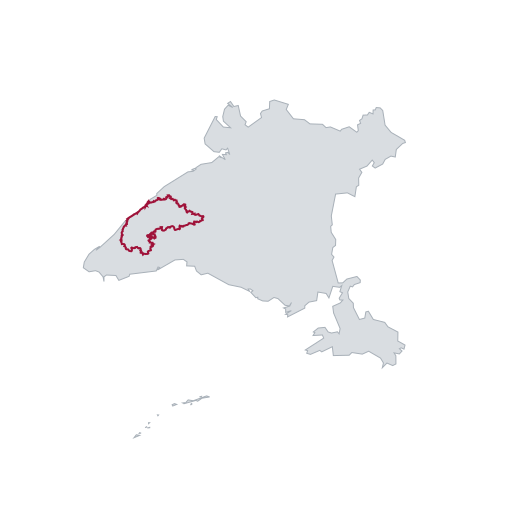 Karnataka highlighted on a map of India, rotated 68°
{"feature_id": "IND-2446", "entity_name": "Karnataka", "entity_type": "State", "adm_level": 1, "iso_a3": "IND", "parent_name": "India", "parent_adm1": "", "projection": "natural_earth1", "projection_center": [76.378, 15.043], "detail": "fine", "context": "in_parent", "style": "outline", "palette": "rose", "viewbox_px": 512, "rotation_deg": 68, "n_neighbors": 0, "source": "natural_earth", "source_scale": "10m", "svg_char_len": 9726}
<svg xmlns="http://www.w3.org/2000/svg" viewBox="0 0 512 512"><g transform="rotate(68 256 256)"><path d="M103.2,221.8L109.1,220.5L109.8,216.1L120.5,217.9L127.8,214.8L130.2,217.0L133.6,215.0L129.7,199.0L125.6,198.5L123.9,195.9L124.5,188.4L117.9,185.4L118.2,180.6L127.5,169.2L131.5,173.1L142.8,169.9L147.8,160.0L153.7,156.5L158.8,145.0L163.2,143.0L164.2,138.7L171.8,131.1L170.6,129.2L171.1,121.2L179.0,116.2L178.1,114.2L172.4,112.7L172.2,109.3L169.1,109.2L168.5,106.4L165.5,103.9L167.0,99.9L165.2,97.2L168.1,94.3L164.5,92.7L165.2,90.7L163.4,88.9L165.2,85.4L168.6,84.0L183.0,87.3L192.1,84.4L204.4,74.8L206.8,75.0L206.6,77.9L209.8,86.0L216.4,89.8L213.9,93.5L214.8,100.0L218.2,104.1L219.1,112.6L216.1,114.4L213.8,111.4L210.6,112.3L214.2,119.4L214.3,127.5L218.1,126.5L222.1,131.6L228.9,134.2L229.4,137.0L238.0,142.1L231.7,147.6L228.4,159.0L247.1,171.2L255.7,173.6L256.4,175.6L262.2,177.4L270.6,175.9L276.0,178.3L276.9,181.6L282.8,185.3L286.2,184.1L288.6,187.1L311.8,189.9L313.4,185.6L311.4,180.4L312.8,170.1L317.3,168.3L319.7,169.4L319.3,175.5L320.8,178.1L319.3,179.9L323.7,184.4L330.2,185.9L336.2,183.5L340.4,185.0L353.6,183.9L354.3,178.4L349.0,175.1L349.3,172.5L358.8,171.0L365.8,161.5L371.1,160.2L379.7,152.9L387.9,156.4L394.4,151.2L397.8,153.7L395.5,155.8L395.7,157.8L398.8,156.2L400.5,159.8L397.5,164.3L400.9,163.7L408.5,166.7L408.8,170.3L404.3,174.7L406.9,180.7L402.9,177.9L397.3,178.8L386.5,187.2L386.8,194.2L381.4,203.3L382.9,206.8L377.3,221.6L368.7,219.2L369.5,231.0L367.4,232.2L367.6,242.4L365.2,245.4L363.1,243.6L361.6,245.5L357.5,224.0L354.1,224.0L351.1,232.9L349.1,230.1L347.9,231.3L346.1,225.3L348.0,218.8L353.4,217.6L355.7,214.9L356.8,208.9L359.3,208.1L354.8,205.2L337.9,205.4L331.4,203.7L331.1,195.5L329.4,192.0L328.2,194.7L326.3,194.7L322.5,189.6L320.5,191.6L315.6,187.6L316.4,190.1L312.9,196.2L322.2,204.1L317.0,205.0L312.6,212.1L320.1,216.5L318.6,224.1L320.4,229.4L322.6,230.3L324.3,249.6L322.3,248.5L321.1,250.5L319.9,243.7L319.4,249.6L316.2,248.3L314.5,249.9L315.1,243.5L312.4,240.5L314.8,243.7L312.6,247.5L303.7,251.6L301.2,254.9L302.5,261.7L300.2,266.6L296.3,270.4L294.9,269.8L294.6,271.8L287.8,274.4L287.1,271.9L284.4,273.6L283.7,275.6L286.4,275.2L279.4,281.5L272.4,292.0L253.9,307.1L252.9,313.9L247.6,316.8L242.5,316.7L239.2,324.0L235.6,322.2L231.9,324.6L229.3,332.6L232.1,352.6L230.5,349.7L229.5,351.0L232.5,354.1L225.6,379.9L227.3,381.3L227.2,392.3L221.6,393.2L217.6,401.8L218.4,404.8L222.7,406.5L218.0,405.6L212.0,407.6L209.5,410.3L208.1,416.7L202.2,420.5L197.3,417.5L191.8,410.2L189.3,403.3L188.4,397.3L190.8,402.2L189.5,397.4L182.8,379.3L174.5,364.1L168.4,339.9L163.8,332.6L162.6,325.2L160.9,324.6L157.3,315.1L152.5,287.6L153.9,282.8L153.6,281.2L152.1,283.4L151.8,282.1L151.9,279.3L153.7,279.6L151.6,278.5L150.4,272.6L152.8,262.0L150.0,253.2L151.2,252.0L149.9,252.1L155.2,248.4L149.2,249.1L150.9,245.6L149.0,245.6L149.3,243.3L152.1,242.3L145.4,241.9L146.4,244.1L143.8,247.5L146.1,251.2L143.5,255.9L133.0,261.2L127.3,259.9L111.4,241.6L112.3,239.8L114.6,241.7L124.2,238.0L127.6,231.5L118.8,235.7L114.3,234.6L108.1,230.2L105.8,225.4L109.6,221.9L103.9,225.1L103.2,221.8ZM366.1,377.1L364.0,372.8L366.7,368.4L367.2,354.2L369.3,351.8L367.6,359.4L368.8,364.5L367.4,365.8L366.1,377.1ZM378.7,431.1L378.8,437.2L376.9,433.9L378.7,431.1ZM363.9,389.4L362.5,389.5L362.3,386.9L363.9,385.1L363.9,389.4ZM373.7,421.3L373.6,423.1L373.3,421.4L373.7,421.3ZM375.4,418.8L374.8,421.2L375.0,418.7L375.4,418.8ZM377.2,428.9L376.7,430.8L376.2,430.1L377.2,428.9ZM367.4,406.8L366.4,406.9L366.9,405.9L367.4,406.8ZM365.8,378.0L364.8,379.0L365.2,377.4L365.8,378.0ZM369.2,370.8L369.7,372.5L368.5,371.2L369.2,370.8ZM371.2,418.4L370.3,418.1L370.7,417.1L371.2,418.4ZM365.9,359.3L365.4,361.2L365.7,359.1L365.9,359.3Z" fill="#d9dde1" stroke="#a8b0b8" stroke-width="1"/><path d="M173.5,361.6L173.5,361.2L173.2,360.7L173.5,360.9L174.4,360.2L173.4,360.5L173.1,360.4L172.6,358.0L172.7,357.6L172.5,357.2L172.0,354.5L171.7,353.9L171.6,352.8L171.8,353.4L171.9,353.5L171.6,352.0L171.5,350.7L171.9,350.6L172.2,350.4L171.7,350.0L171.8,349.9L171.7,349.7L171.4,350.4L170.9,348.2L170.6,347.3L169.6,345.7L169.3,343.8L168.9,343.1L169.0,342.8L169.8,342.9L168.9,342.5L168.8,342.3L168.8,341.7L168.1,339.4L168.5,340.3L168.6,340.0L168.9,340.1L168.3,339.4L168.4,339.2L168.2,339.2L168.2,338.9L168.0,339.0L168.0,339.5L167.6,339.4L167.5,338.7L168.0,338.4L167.3,338.4L167.1,337.0L166.7,336.8L166.4,337.1L166.2,336.6L165.5,336.3L165.3,335.9L165.5,336.0L165.7,335.5L166.1,335.7L166.4,335.2L166.8,335.2L166.6,334.7L165.9,335.4L165.5,335.4L165.3,334.9L166.0,334.4L166.5,334.4L166.9,334.1L167.2,333.1L167.2,332.1L167.5,331.1L166.9,330.4L167.5,330.1L167.6,329.9L167.6,329.3L167.1,328.6L167.1,328.1L166.9,327.8L167.1,327.0L166.9,325.7L166.2,325.3L165.9,325.5L165.5,325.4L165.4,325.1L165.9,324.3L166.5,323.8L166.8,324.4L167.4,324.3L167.9,323.9L168.4,323.0L168.2,322.6L168.9,321.2L169.0,320.7L169.0,320.3L168.5,320.0L168.7,319.7L169.4,319.6L169.5,319.3L169.5,318.2L169.4,317.9L168.3,317.2L167.9,317.3L167.7,316.2L168.2,315.9L167.9,315.6L167.8,315.2L167.4,315.1L167.3,314.7L166.8,314.8L167.0,314.1L167.5,314.3L167.8,313.8L168.2,314.1L168.8,313.4L169.1,312.8L170.0,313.1L170.3,314.0L171.1,313.4L171.5,313.3L171.6,313.0L171.3,312.7L171.6,312.4L171.8,311.9L172.1,311.9L172.9,311.3L173.6,311.4L173.7,311.1L173.5,310.1L174.3,309.7L174.7,308.9L175.1,309.0L175.7,308.9L176.4,309.8L176.9,310.0L177.7,309.6L177.7,309.0L177.9,308.8L178.6,308.8L179.1,308.5L179.7,308.5L180.2,308.8L180.7,308.5L181.0,308.1L181.6,308.6L181.8,308.6L182.0,308.2L181.8,307.6L182.1,307.2L181.6,306.3L181.8,305.3L181.7,304.9L181.4,304.7L181.0,303.4L181.8,302.3L182.2,302.4L182.4,303.0L183.1,303.1L183.4,303.6L183.5,303.6L184.0,303.1L184.2,303.3L184.4,303.1L184.7,303.9L185.2,304.2L185.9,303.9L186.3,303.9L187.0,303.5L187.5,303.6L188.1,303.4L188.7,303.8L189.6,303.8L189.9,303.5L189.2,302.3L189.5,301.8L189.4,301.2L189.2,300.6L190.0,300.3L190.3,299.8L190.8,299.5L190.9,299.1L191.2,298.9L191.4,298.5L192.2,298.6L193.1,299.4L193.4,298.3L193.9,297.9L193.8,297.0L194.8,297.2L195.1,296.9L195.3,296.3L195.5,293.7L196.0,293.5L197.4,293.3L197.8,292.5L198.9,291.7L199.0,290.7L199.3,290.0L199.9,290.0L200.2,290.3L200.2,291.3L201.1,291.7L201.2,292.2L201.4,292.2L202.0,291.8L202.8,292.0L202.6,292.8L202.9,294.3L202.5,294.6L203.0,295.3L203.2,296.3L203.1,296.7L202.0,297.7L201.9,298.0L202.2,298.5L202.2,298.8L201.5,299.3L200.9,300.4L201.1,300.6L201.8,301.0L202.8,301.0L202.9,301.4L203.7,301.0L203.9,301.2L203.5,302.0L202.9,302.2L202.6,302.7L202.2,302.9L201.8,303.6L200.5,305.5L200.5,306.2L201.1,306.5L201.5,308.0L201.2,308.9L201.2,310.7L200.9,311.6L200.9,311.8L201.3,312.2L200.9,312.8L201.3,312.8L201.1,313.5L200.7,313.8L200.5,314.3L199.3,315.3L199.7,315.8L200.8,316.1L201.8,316.1L202.3,316.4L202.5,316.9L201.8,317.6L201.7,318.8L201.7,320.9L201.3,321.5L199.8,321.5L199.0,321.2L198.3,321.3L197.3,321.9L196.9,322.5L196.8,323.9L197.5,325.1L197.4,325.3L197.0,325.2L196.7,325.4L196.5,325.8L196.6,327.1L196.3,326.9L196.2,327.1L196.7,328.2L196.8,329.1L197.7,329.6L198.0,331.7L197.5,332.9L196.9,333.4L196.5,333.1L196.0,333.2L195.1,333.0L194.0,332.3L193.8,332.7L193.8,333.3L193.5,333.7L194.5,334.2L194.6,334.5L194.4,336.1L194.0,336.5L194.0,337.0L193.8,337.7L193.8,338.4L193.9,339.1L194.3,339.3L194.7,340.0L195.6,340.0L195.8,340.2L195.6,340.9L195.2,341.0L195.0,341.3L195.1,341.8L195.7,342.3L195.6,342.8L197.3,343.2L197.5,342.5L198.0,341.8L198.6,342.0L199.3,341.9L199.4,342.3L200.1,342.5L200.5,343.1L200.7,342.9L200.4,342.1L200.6,341.9L200.9,342.0L201.0,342.3L201.5,342.5L201.4,343.1L201.6,343.7L200.6,344.0L200.1,344.5L200.4,344.7L200.1,345.4L200.4,346.2L200.7,346.5L200.7,346.9L200.9,347.3L200.7,347.5L200.1,347.2L200.1,346.9L199.7,346.0L199.2,345.8L197.8,346.0L197.4,345.7L196.5,345.3L196.2,343.9L195.7,343.7L195.2,344.0L195.2,344.4L195.9,345.2L195.9,345.9L196.7,347.2L196.1,348.3L196.2,349.2L196.4,349.2L196.5,348.9L197.0,349.3L197.3,349.0L197.9,349.0L197.9,348.2L197.6,347.9L197.9,347.7L198.1,347.2L198.2,347.7L198.7,347.4L198.9,347.7L199.3,347.8L199.7,348.0L200.7,348.0L201.1,348.6L201.3,349.8L201.9,349.8L202.5,349.4L202.9,349.4L203.1,348.9L203.5,348.8L203.8,349.1L204.0,348.5L204.5,348.3L205.1,347.7L204.9,347.1L205.0,346.9L205.6,346.9L206.0,347.1L206.6,346.5L206.7,347.1L206.3,347.6L206.5,348.2L206.9,347.7L207.3,347.8L207.7,347.5L208.2,347.9L208.3,348.2L208.4,348.7L208.2,349.2L208.4,349.8L208.0,349.9L208.1,350.4L208.7,350.4L209.3,351.1L209.8,351.2L210.3,351.3L210.6,351.1L211.3,351.3L211.1,353.9L211.4,354.6L212.3,354.7L212.9,355.2L213.3,354.9L213.4,355.0L213.4,356.0L213.0,356.9L212.8,357.7L212.4,358.1L211.8,359.5L212.2,359.8L212.4,360.3L212.1,360.3L211.4,359.8L211.1,359.8L211.0,360.3L210.8,360.4L210.4,360.6L210.0,360.5L210.0,361.3L209.8,361.7L209.1,361.5L207.8,360.5L207.2,361.1L206.3,360.3L205.7,360.3L205.2,360.5L204.7,361.8L204.8,362.2L204.0,362.7L203.1,362.8L202.7,364.2L202.8,364.6L202.8,365.0L203.1,365.0L203.3,365.2L203.1,366.1L202.6,367.0L201.6,368.0L201.8,368.6L203.8,368.7L204.5,369.1L204.9,369.7L204.8,370.0L203.8,371.6L203.5,371.8L202.2,372.0L201.9,372.2L201.3,373.6L201.0,373.9L200.2,374.0L199.4,373.5L199.0,373.7L198.0,373.8L197.6,374.4L196.7,373.5L195.7,373.7L194.9,375.0L194.7,375.9L193.9,375.7L191.9,375.8L191.7,375.7L191.7,375.0L191.2,374.8L190.7,374.9L190.3,375.4L189.9,374.4L189.1,374.4L188.6,373.7L188.1,373.7L187.6,373.0L187.0,373.0L186.7,372.9L186.7,371.9L186.6,371.7L185.4,372.1L184.0,371.8L183.4,371.1L183.2,370.4L182.6,370.3L182.2,370.0L181.8,370.0L181.6,369.5L180.8,369.1L179.6,367.6L179.2,367.5L179.0,366.7L178.7,366.2L178.7,365.9L179.0,365.3L178.4,365.3L177.7,364.5L177.7,364.3L178.0,363.7L177.5,363.5L177.0,363.7L176.6,363.3L176.2,363.3L176.1,363.0L176.1,362.7L175.7,362.4L175.1,362.6L175.1,362.2L174.6,362.0L174.4,361.5L173.5,361.6Z" fill="none" stroke="#9f1239" stroke-width="2"/></g></svg>